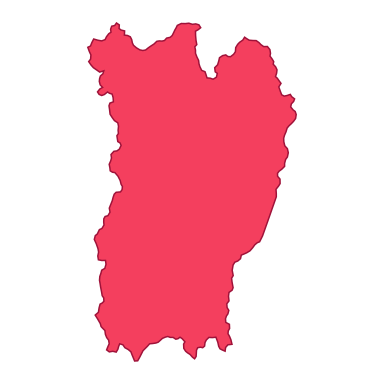 Alegre, Espírito Santo, Brazil (Natural Earth projection)
{"feature_id": "56859067B15605132089544", "entity_name": "Alegre", "entity_type": "district", "adm_level": 2, "iso_a3": "BRA", "parent_name": "Brazil", "parent_adm1": "Espírito Santo", "projection": "natural_earth1", "projection_center": [-41.524, -20.728], "detail": "fine", "context": "isolated", "style": "filled", "palette": "rose", "viewbox_px": 384, "rotation_deg": 0, "n_neighbors": 0, "source": "geoboundaries", "source_scale": "gbopen_adm2", "svg_char_len": 4196}
<svg xmlns="http://www.w3.org/2000/svg" viewBox="0 0 384 384"><path d="M263.7,46.6L260.9,44.6L259.0,42.6L256.2,40.6L252.7,40.5L249.2,40.2L246.6,38.6L244.6,37.2L242.8,40.1L239.6,42.3L237.7,44.3L235.7,47.6L235.4,51.7L233.6,54.3L230.5,56.7L227.8,56.5L225.8,54.9L222.6,55.6L219.5,57.7L218.8,60.8L217.6,64.8L214.7,67.7L215.2,71.8L217.3,73.4L216.4,77.2L213.1,79.2L210.3,78.2L207.0,77.9L206.0,74.6L205.0,71.7L201.7,70.4L199.9,66.7L199.0,63.8L198.6,60.4L196.9,57.0L195.5,53.3L195.5,50.1L194.8,46.8L196.8,44.6L196.0,40.3L195.6,35.6L195.5,31.2L198.2,29.7L200.7,27.7L198.9,24.8L195.8,23.9L192.4,24.3L188.9,23.2L185.3,23.6L181.3,23.5L177.3,25.4L176.1,27.9L174.8,30.1L173.7,32.5L172.2,35.5L170.2,37.3L166.6,38.1L164.5,40.5L162.0,41.1L159.4,40.9L156.8,41.3L154.0,44.0L150.6,46.2L148.2,47.9L145.6,50.0L142.8,50.5L139.9,49.9L136.4,47.8L133.5,45.3L132.4,43.0L131.7,39.6L130.3,36.8L127.6,35.5L124.4,35.1L124.6,30.9L121.0,30.0L119.1,28.5L119.3,24.9L116.5,23.0L114.7,25.5L111.7,26.2L110.6,29.2L111.0,32.2L108.7,33.8L106.5,36.7L105.1,39.6L101.7,40.9L97.8,40.2L93.7,39.0L91.8,42.7L90.5,46.0L87.8,47.3L89.4,51.7L90.9,54.9L90.6,59.1L88.7,61.6L91.1,65.1L93.4,67.7L96.0,69.5L99.7,72.1L103.8,70.8L102.9,73.8L100.4,76.0L99.6,78.6L99.3,81.4L100.2,84.9L102.6,87.4L99.8,89.0L97.5,91.9L99.1,94.4L101.7,95.5L104.4,94.5L107.5,92.0L109.5,93.3L112.1,94.1L113.1,97.6L113.4,101.8L109.9,103.1L109.0,105.8L109.5,109.2L110.1,114.3L112.1,117.4L114.4,120.6L117.8,122.8L118.5,126.2L118.1,130.4L118.4,133.5L116.9,135.7L117.3,138.5L117.8,141.6L120.1,143.0L121.1,145.4L119.3,149.2L116.9,150.9L113.9,151.3L111.0,154.5L111.5,158.0L110.7,160.9L109.2,164.3L109.9,167.9L110.2,170.8L112.4,172.2L114.9,172.6L118.0,176.2L120.2,180.6L121.1,184.3L122.4,186.5L122.1,189.6L120.5,191.9L116.1,192.3L114.2,194.2L113.1,197.4L112.3,200.6L110.7,204.6L109.3,208.1L110.0,212.2L107.9,215.7L105.1,216.5L103.8,218.8L103.7,222.1L104.0,225.0L101.9,228.5L99.4,229.6L97.3,234.0L95.3,235.6L94.3,239.4L96.3,243.8L98.0,248.7L98.6,252.1L97.8,256.0L98.4,259.8L101.8,260.5L105.5,260.4L106.0,264.3L104.8,268.4L101.7,270.2L100.9,273.3L99.8,276.5L99.5,280.3L100.1,283.6L100.6,287.0L101.5,291.6L102.2,295.7L103.7,297.9L103.9,301.3L102.2,303.0L100.1,304.1L99.1,307.8L98.4,312.3L95.2,315.1L97.6,318.9L100.3,323.6L101.1,326.6L103.0,328.6L104.9,330.5L105.4,334.3L106.7,337.6L108.6,340.1L109.2,343.7L107.7,347.1L106.6,349.9L109.3,351.9L112.8,351.3L116.2,352.1L117.9,349.2L118.6,346.5L119.7,343.8L122.9,344.8L124.9,347.7L128.2,349.5L130.9,351.8L132.0,354.7L133.2,357.6L134.6,361.0L137.7,360.8L139.5,357.6L141.6,353.5L143.0,350.7L145.0,348.7L147.3,346.4L149.6,343.8L152.8,343.5L156.0,343.0L158.2,342.2L160.0,340.6L162.4,338.4L165.4,337.1L167.8,336.5L170.3,337.4L173.1,337.4L175.8,339.2L178.0,338.7L180.0,337.2L182.2,338.7L184.9,341.8L183.6,344.1L183.8,348.4L185.6,351.2L187.5,352.8L190.0,354.4L192.5,357.2L194.6,358.8L196.1,356.5L196.3,353.8L196.5,350.2L197.7,347.7L200.5,347.2L202.7,347.7L204.6,346.1L205.0,342.6L206.3,340.0L208.9,337.4L212.4,337.6L215.9,337.2L217.8,342.2L218.7,346.3L220.0,348.8L222.1,349.9L225.1,351.2L225.6,347.5L227.9,344.8L232.0,344.3L230.9,339.7L229.5,336.3L228.0,333.7L228.3,330.8L229.6,328.5L229.4,324.3L225.8,322.4L225.5,318.7L226.5,315.9L227.9,313.9L228.8,310.4L227.1,307.6L226.8,303.8L229.0,300.9L228.5,296.2L229.0,292.4L232.1,290.2L233.1,287.7L232.0,281.8L231.6,278.2L233.2,275.6L232.2,270.3L233.1,265.0L234.8,262.2L237.8,261.0L240.5,258.7L241.3,255.1L244.0,254.0L246.7,252.8L250.0,250.8L252.7,247.7L254.8,244.8L257.3,242.7L259.6,241.8L262.5,236.0L267.4,222.2L276.3,196.8L276.3,193.6L276.0,189.3L278.6,186.0L280.1,183.6L280.0,179.1L277.6,176.3L277.5,173.3L279.1,171.2L281.8,169.2L284.6,166.4L284.6,163.4L285.6,159.5L287.4,157.0L288.3,152.7L287.4,148.7L284.8,145.8L283.8,141.7L283.7,138.2L284.5,135.3L286.0,131.8L287.1,128.1L289.0,125.8L291.3,123.7L293.5,121.4L295.6,118.5L296.2,114.5L295.2,111.5L293.0,109.8L290.7,106.9L291.4,103.8L293.6,101.5L294.6,98.9L291.7,96.7L290.3,94.4L287.1,95.5L284.2,96.1L281.7,94.8L280.3,91.2L278.8,86.9L281.0,83.4L278.9,80.5L277.3,78.2L275.5,76.6L276.6,73.2L277.0,69.8L275.6,66.8L273.2,64.2L273.7,61.6L272.0,58.8L270.0,56.1L270.5,53.3L269.9,49.6L267.4,46.5L263.7,46.6Z" fill="#f43f5e" stroke="#9f1239" stroke-width="1.5"/></svg>